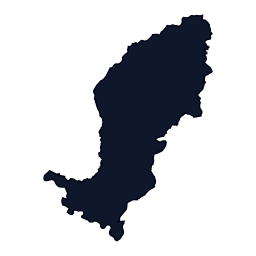 Tautii Magheraus, Maramures, Romania
{"feature_id": "2599482B35986305361226", "entity_name": "Tautii Magheraus", "entity_type": "district", "adm_level": 2, "iso_a3": "ROU", "parent_name": "Romania", "parent_adm1": "Maramures", "projection": "orthographic", "projection_center": [23.49, 47.714], "detail": "fine", "context": "isolated", "style": "filled", "palette": "ink", "viewbox_px": 256, "rotation_deg": 0, "n_neighbors": 0, "source": "geoboundaries", "source_scale": "gbopen_adm2", "svg_char_len": 5810}
<svg xmlns="http://www.w3.org/2000/svg" viewBox="0 0 256 256"><path d="M78.6,210.9L81.5,210.5L82.4,210.7L83.4,211.4L83.8,212.3L83.9,214.2L83.5,215.0L82.0,215.9L81.7,216.4L81.8,217.1L82.4,217.6L88.4,220.1L88.8,220.5L89.4,221.4L90.7,221.9L92.9,221.8L93.8,221.1L94.7,220.9L96.9,221.3L99.1,222.7L100.7,224.3L100.9,225.3L100.7,226.3L101.3,227.5L102.2,228.1L103.2,228.2L104.4,227.9L105.0,227.2L106.0,225.6L107.2,224.8L108.5,224.7L109.9,225.1L110.9,226.4L111.4,227.7L111.2,228.8L110.2,230.3L109.6,232.3L109.7,233.6L110.3,234.9L113.7,237.0L114.6,238.0L115.2,239.6L116.6,240.6L117.1,240.6L120.1,238.5L123.0,234.0L123.4,232.6L123.1,230.5L122.3,227.5L122.2,226.3L122.6,224.9L123.8,223.3L123.6,222.0L124.0,221.3L118.5,221.7L119.2,220.5L118.9,220.5L119.8,217.2L119.7,217.0L126.1,209.4L126.5,207.9L127.0,202.6L132.2,199.9L133.2,199.6L137.1,199.6L136.8,199.1L136.8,198.8L138.9,198.5L140.3,197.0L144.8,194.7L145.8,193.1L148.9,190.0L151.2,188.5L152.6,187.9L154.4,186.6L154.0,185.2L155.1,183.3L155.4,182.1L155.2,181.5L155.3,180.4L155.0,179.7L154.8,178.5L154.1,177.1L154.3,176.8L154.2,176.5L153.3,175.9L152.5,174.0L151.9,173.6L151.2,172.0L150.3,171.2L150.6,170.6L150.5,170.1L151.0,169.5L150.8,168.7L151.2,166.9L151.1,165.4L152.3,164.6L152.7,164.6L153.0,163.6L153.2,162.1L153.4,161.7L153.5,160.4L153.2,158.4L153.7,154.8L154.2,154.0L156.8,153.2L161.7,151.0L163.4,149.1L165.4,145.9L165.6,145.4L165.8,143.5L166.2,142.7L165.4,141.0L163.1,141.0L161.8,141.4L160.9,142.0L159.5,142.1L157.9,141.1L157.2,141.0L154.9,138.8L157.3,137.9L158.5,137.1L159.4,137.1L161.3,136.4L163.5,136.2L165.0,133.7L165.6,133.2L166.2,133.1L166.0,132.3L166.1,131.2L166.4,130.7L167.9,129.4L168.3,128.2L170.3,128.0L170.9,126.7L170.8,126.0L171.6,125.5L171.9,124.7L172.6,124.6L174.6,125.0L176.2,124.8L176.6,124.0L176.9,123.9L177.1,124.0L177.2,124.6L177.7,123.8L177.4,123.2L177.7,122.0L178.3,121.3L179.3,119.5L179.3,118.4L180.8,116.7L181.3,115.7L182.4,115.6L184.8,113.5L185.5,113.2L186.5,113.3L187.8,114.0L188.6,113.9L189.5,114.3L190.6,114.4L191.7,115.3L192.6,115.4L193.9,117.1L200.8,115.9L200.7,115.4L201.1,114.9L201.2,113.9L201.8,112.5L201.8,111.8L200.8,109.6L199.9,108.7L199.5,106.1L199.7,103.8L200.2,102.7L199.3,101.0L199.2,100.1L200.1,98.9L200.1,98.3L199.9,97.8L199.6,97.8L198.5,96.7L197.9,97.1L197.6,98.0L197.4,98.1L197.2,97.6L197.8,95.8L197.6,95.5L197.6,95.1L197.9,94.6L197.7,94.3L197.6,93.9L197.2,93.6L198.9,93.2L200.0,91.4L201.6,90.3L202.9,88.5L203.1,87.3L203.6,86.0L203.9,84.1L205.3,82.3L204.3,81.3L204.2,79.5L204.4,77.4L204.8,76.0L205.9,75.1L207.7,74.5L208.4,73.8L211.3,72.4L211.6,72.1L211.9,71.4L211.3,69.6L210.0,67.5L208.0,66.1L204.3,62.7L206.3,59.3L205.8,56.7L205.6,56.3L204.3,55.4L204.4,55.2L204.9,55.1L204.9,54.0L206.7,53.6L206.6,53.0L206.7,52.5L205.8,52.3L205.5,51.5L204.5,50.6L204.5,50.2L205.5,49.7L205.7,49.0L206.3,49.0L207.1,49.6L207.7,49.4L207.7,48.3L208.8,47.2L208.2,46.9L208.0,46.3L207.1,46.4L206.4,45.9L206.2,44.4L205.0,43.3L204.6,42.5L204.8,41.3L205.6,40.4L207.2,39.5L210.3,38.9L210.5,36.8L209.8,35.9L211.9,33.7L210.0,31.3L210.4,29.8L210.0,28.2L209.2,26.9L209.3,25.1L209.1,24.4L208.2,23.7L207.8,22.6L205.1,20.3L203.7,20.0L202.1,20.3L202.5,15.4L201.3,15.9L199.2,15.9L196.3,15.6L195.1,15.9L194.7,16.5L193.7,15.9L191.3,15.7L189.4,17.1L187.5,18.0L183.4,17.6L182.3,18.9L182.3,20.2L182.5,20.8L182.1,23.3L180.4,25.7L179.4,25.9L179.0,26.4L177.8,26.3L176.5,25.7L175.8,25.8L172.3,25.0L170.9,25.8L169.7,26.0L167.3,25.6L166.5,26.5L165.7,28.2L164.7,28.8L163.5,30.8L161.8,31.7L160.7,33.3L160.3,34.4L159.6,35.1L158.9,35.2L158.1,34.7L156.3,34.4L152.6,34.8L151.9,36.5L150.8,37.4L149.7,38.8L148.3,39.6L147.9,40.3L147.2,40.7L145.8,41.1L144.0,41.2L142.7,40.6L141.4,40.6L138.5,43.1L137.4,44.4L137.1,43.5L135.8,42.8L133.7,43.7L132.5,43.7L132.3,44.0L132.4,44.7L131.3,46.1L130.1,46.6L128.4,46.5L128.4,47.1L127.7,49.9L128.1,51.0L128.1,51.9L127.1,53.2L124.5,55.1L123.0,56.9L122.6,57.5L122.6,58.0L123.0,59.6L121.7,61.9L119.0,64.1L116.7,64.0L115.2,64.3L113.6,65.8L112.8,67.3L110.9,68.3L110.3,68.1L106.2,76.3L103.8,79.2L102.9,80.0L100.6,81.1L99.4,82.7L96.8,85.5L95.3,88.0L93.9,90.6L93.8,92.4L95.1,94.6L95.1,96.0L94.6,98.4L94.6,99.1L95.7,100.7L95.6,102.0L96.4,103.7L96.6,105.2L98.1,109.3L99.5,111.5L100.1,114.4L100.1,115.9L101.7,117.1L102.6,118.7L102.8,120.8L103.2,121.7L102.5,125.4L102.7,126.1L102.6,126.9L101.8,127.2L101.2,127.9L101.0,129.1L99.7,131.0L99.3,132.0L99.6,133.3L100.1,133.9L100.2,136.1L100.9,136.1L101.4,136.5L101.7,137.7L101.7,138.2L100.9,139.1L100.7,140.4L102.2,142.0L102.2,142.4L101.2,143.5L101.3,145.1L100.6,147.3L100.9,149.3L101.3,150.2L100.7,151.5L100.9,152.5L99.2,152.8L99.0,153.0L98.8,153.7L99.4,155.1L99.4,156.1L100.6,156.6L101.6,158.3L102.7,159.1L102.5,159.8L101.3,161.3L100.9,163.3L101.0,164.2L103.1,163.7L101.7,165.6L100.4,166.4L100.7,166.9L100.4,167.9L99.6,168.2L98.5,169.5L98.8,170.5L98.6,171.9L97.9,172.7L96.1,173.8L95.2,176.2L94.7,175.6L93.7,177.0L93.1,176.6L91.4,179.3L89.4,179.3L88.5,179.6L87.3,178.7L85.9,179.7L84.8,179.7L84.0,180.0L83.6,180.5L83.8,181.6L83.2,181.7L82.3,181.4L81.2,182.3L80.8,182.1L80.3,181.3L80.0,181.3L79.7,182.0L79.3,181.9L79.0,181.5L78.9,180.7L78.2,180.9L77.5,182.0L77.3,181.9L77.3,181.5L76.5,181.3L75.8,180.5L75.2,180.5L74.3,179.5L73.5,179.4L73.1,179.0L72.0,179.0L70.8,178.7L68.1,181.4L64.6,178.0L64.6,176.5L59.4,175.5L59.3,173.9L58.0,173.9L58.1,175.0L49.5,170.8L48.7,172.0L45.6,174.5L44.7,175.6L44.1,177.4L44.2,179.4L44.5,179.9L45.1,180.4L47.0,180.5L51.5,179.4L53.3,179.7L54.4,180.5L55.1,181.5L56.6,184.6L59.0,186.6L61.6,187.0L64.7,187.0L65.3,187.4L67.2,191.8L67.6,193.3L67.6,194.3L66.8,195.6L66.9,196.6L67.5,198.1L68.3,199.0L67.0,199.2L62.7,197.9L62.0,200.5L62.0,202.1L62.7,204.5L63.1,205.0L65.3,205.6L66.5,206.2L67.3,207.0L69.3,207.7L68.6,209.8L67.4,212.1L70.2,214.1L71.5,214.4L72.2,214.2L73.3,213.2L73.4,212.5L73.1,211.3L74.8,209.4L75.5,210.1L78.6,210.9Z" fill="#0f172a" stroke="#020617" stroke-width="1.5"/></svg>